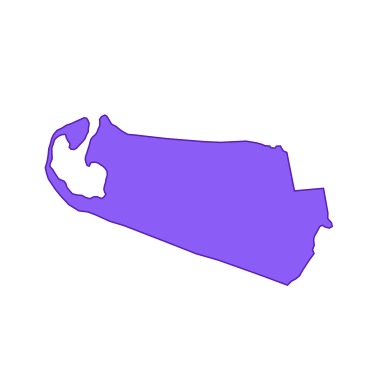 Temotu, Tuvalu (orthographic projection), rotated 321°
{"feature_id": "33948139B29442200117602", "entity_name": "Temotu", "entity_type": "district", "adm_level": 2, "iso_a3": "TUV", "parent_name": "Tuvalu", "parent_adm1": "", "projection": "orthographic", "projection_center": [178.67, -7.47], "detail": "fine", "context": "isolated", "style": "filled", "palette": "violet", "viewbox_px": 384, "rotation_deg": 321, "n_neighbors": 0, "source": "geoboundaries", "source_scale": "gbopen_adm2", "svg_char_len": 2144}
<svg xmlns="http://www.w3.org/2000/svg" viewBox="0 0 384 384"><g transform="rotate(321 192 192)"><path d="M248.1,316.6L249.4,312.7L250.9,311.8L253.6,310.2L256.2,306.0L258.2,304.1L259.5,303.4L261.0,302.7L263.8,301.7L267.5,300.1L269.7,299.2L272.3,299.9L273.5,303.1L276.0,306.5L279.3,307.0L281.0,303.7L280.8,298.1L284.5,293.6L296.5,271.9L272.3,255.6L290.6,220.9L288.9,217.9L289.1,214.6L289.7,211.9L286.5,209.5L284.1,210.2L281.3,207.3L281.3,205.1L280.0,204.0L277.8,201.9L276.3,199.0L273.0,194.4L266.0,186.5L245.6,171.6L238.7,165.5L233.4,160.8L206.2,134.9L191.4,119.9L184.2,112.5L178.3,106.8L175.7,100.2L174.2,93.2L172.2,88.6L172.9,83.8L173.5,79.4L172.7,77.4L169.2,76.5L165.9,77.4L163.9,80.2L162.0,82.4L158.7,84.0L156.3,85.5L153.5,86.6L148.9,86.8L146.1,87.7L140.7,91.7L138.0,93.4L135.0,95.4L131.5,97.6L129.3,99.8L128.3,102.2L127.2,105.3L128.3,107.2L128.9,107.0L130.2,106.4L131.1,105.7L132.6,105.9L134.3,107.0L135.9,108.3L137.6,111.0L138.0,113.2L139.1,116.0L139.4,119.1L139.1,121.9L139.1,122.2L136.7,125.7L133.3,127.9L130.9,130.1L127.4,132.5L125.2,134.5L123.9,137.5L123.9,139.3L121.3,140.4L117.8,140.4L115.3,136.0L112.6,133.9L108.5,133.0L106.0,129.5L104.3,125.3L100.7,121.9L97.9,118.1L97.7,113.7L97.7,109.7L99.2,106.3L99.4,103.2L97.9,100.4L96.6,97.7L97.1,92.6L97.5,89.1L97.9,87.0L97.7,84.9L97.9,82.1L100.5,80.2L104.1,78.3L105.5,76.5L107.0,74.4L110.8,69.5L114.3,67.4L117.9,64.9L121.0,64.5L123.8,64.7L126.8,65.5L129.5,67.2L129.8,68.0L128.3,71.2L127.6,75.0L127.6,77.3L127.0,78.3L124.7,80.0L124.9,82.5L127.0,84.7L129.6,85.3L135.1,84.5L139.1,84.0L142.5,83.2L145.9,81.3L149.1,80.0L151.6,77.3L155.3,73.9L156.3,70.6L156.5,68.2L154.6,66.3L150.6,65.3L145.1,63.8L141.6,63.0L136.4,61.1L131.2,60.5L125.9,59.2L120.6,60.2L116.4,62.3L112.6,65.1L107.9,68.3L103.4,72.9L98.7,77.1L93.2,80.9L90.7,86.1L88.6,91.6L87.5,104.0L87.5,112.4L88.3,124.2L92.2,135.4L98.5,141.9L102.4,148.5L109.8,163.2L117.9,175.1L118.0,175.3L133.7,202.7L135.5,205.8L153.5,237.4L156.3,242.5L169.2,260.9L185.8,288.0L195.1,303.3L205.5,321.0L207.6,324.5L213.1,323.9L218.1,324.8L222.8,324.8L227.9,322.7L239.9,318.8L246.0,317.2L248.1,316.6Z" fill="#8b5cf6" stroke="#5b21b6" stroke-width="1.5"/></g></svg>